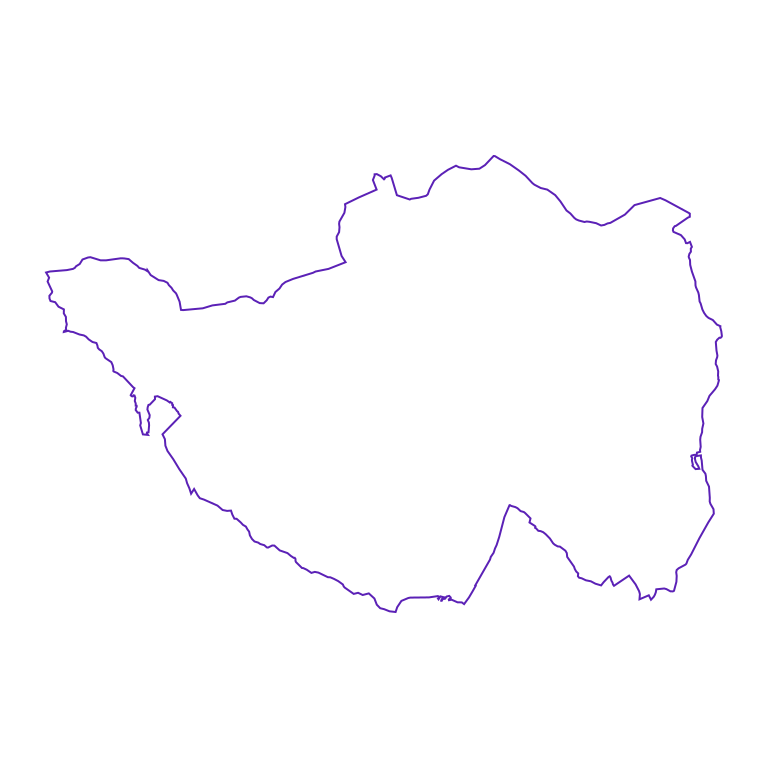 Garceni, Vaslui, Romania (Albers equal-area conic projection)
{"feature_id": "2599482B9024502031895", "entity_name": "Garceni", "entity_type": "district", "adm_level": 2, "iso_a3": "ROU", "parent_name": "Romania", "parent_adm1": "Vaslui", "projection": "albers", "projection_center": [27.291, 46.752], "detail": "fine", "context": "isolated", "style": "outline", "palette": "violet", "viewbox_px": 768, "rotation_deg": 0, "n_neighbors": 0, "source": "geoboundaries", "source_scale": "gbopen_adm2", "svg_char_len": 6087}
<svg xmlns="http://www.w3.org/2000/svg" viewBox="0 0 768 768"><path d="M720.4,326.2L716.9,324.6L712.8,320.0L708.5,317.9L706.3,316.0L704.1,312.9L702.4,309.5L700.6,303.4L699.6,301.5L698.9,295.0L698.3,292.5L696.0,287.4L695.5,285.4L695.4,281.4L691.9,271.5L690.2,264.9L690.0,260.0L688.9,257.6L688.7,256.5L689.4,253.8L690.9,251.7L690.8,248.6L691.9,246.9L690.0,241.9L687.4,243.2L686.0,243.1L684.7,239.4L680.9,235.1L673.5,231.9L672.9,230.4L673.1,228.4L674.7,226.2L675.9,225.9L687.9,217.6L689.8,216.8L689.8,213.6L689.1,213.1L665.5,200.3L660.2,198.0L634.5,205.1L624.9,214.6L610.3,222.9L607.6,223.4L604.4,224.9L601.1,225.5L596.2,223.2L589.4,221.8L586.7,221.5L584.5,222.0L578.8,220.5L576.2,219.4L574.3,217.9L570.4,213.5L566.5,210.5L560.4,201.4L555.2,195.1L547.3,189.6L540.7,188.0L534.4,184.7L532.4,183.1L525.6,175.8L518.9,170.5L509.9,164.2L500.0,159.2L494.9,156.1L493.6,156.0L485.0,165.1L479.4,168.7L471.3,169.3L459.1,167.3L456.0,165.7L448.0,169.8L441.7,174.1L434.1,180.6L429.5,189.6L427.8,194.3L426.1,195.8L418.4,197.8L411.1,198.8L409.8,199.5L396.9,195.2L391.7,177.9L390.6,175.4L385.0,177.5L384.8,178.5L384.0,179.3L380.8,176.2L376.8,174.1L374.6,174.3L374.6,175.7L372.9,180.0L376.6,189.6L358.7,197.5L345.0,204.2L345.4,207.0L344.4,212.8L339.4,221.6L339.1,223.9L339.5,227.2L339.1,232.1L336.7,236.6L336.7,239.2L341.6,256.0L345.6,262.2L328.5,268.9L315.6,271.5L313.0,272.8L293.1,278.9L285.5,282.0L282.1,284.6L279.5,288.5L275.4,292.0L273.0,297.1L270.5,296.6L268.4,297.6L266.7,300.3L263.6,303.3L259.7,303.1L253.8,300.0L252.0,298.3L250.3,297.4L246.4,296.3L240.6,296.9L238.9,297.6L234.9,300.6L227.3,302.4L225.3,303.8L212.4,305.4L202.8,308.3L183.1,310.1L181.0,309.9L179.6,301.7L176.8,294.9L176.0,293.3L173.2,290.5L171.5,287.8L168.9,285.2L167.5,282.8L163.7,280.9L158.6,280.1L150.7,275.1L147.3,270.0L147.1,271.0L144.9,269.6L139.2,267.9L137.4,265.9L133.0,262.8L128.7,259.1L124.0,258.4L120.8,258.3L106.3,260.3L100.5,260.3L90.4,257.2L88.0,257.5L82.5,259.5L79.7,264.0L76.0,266.3L74.9,267.8L73.0,268.9L66.8,270.1L49.9,271.5L46.1,272.5L49.1,277.7L47.6,281.5L52.2,291.4L52.0,292.6L49.4,295.8L49.5,298.5L50.5,301.0L55.2,302.2L58.5,306.7L63.9,309.4L63.8,313.4L65.9,316.9L66.0,321.2L66.8,324.3L65.9,327.9L66.2,329.7L63.9,331.3L63.8,332.0L68.2,330.8L70.5,331.7L73.1,332.0L79.5,334.5L83.8,335.4L86.1,336.7L88.7,339.4L92.5,342.0L96.4,343.0L97.4,345.5L97.8,347.8L99.2,349.4L101.8,351.2L103.4,353.6L104.6,357.0L105.5,358.2L111.3,362.1L112.7,365.3L113.5,369.3L113.3,371.0L113.7,371.5L117.3,373.0L121.0,375.9L123.0,376.4L133.1,387.2L134.5,388.2L130.7,395.2L131.6,396.2L132.8,396.4L133.6,395.3L134.5,395.5L135.3,397.8L134.8,401.0L135.7,403.4L135.7,405.6L136.6,405.7L136.7,406.7L135.9,408.3L135.7,410.0L137.7,412.7L139.4,412.7L140.9,423.0L140.2,425.4L142.9,434.4L147.9,434.9L146.8,433.4L147.0,432.5L148.5,432.3L149.1,425.3L148.9,422.6L147.8,420.0L149.4,417.8L149.7,415.1L147.4,409.5L147.7,407.2L148.5,404.9L149.7,404.7L155.0,399.2L154.9,396.6L157.6,396.2L166.8,400.4L169.8,402.5L170.3,401.9L172.2,403.2L172.2,404.9L173.0,405.1L172.9,407.3L174.5,407.6L177.1,411.2L178.0,411.8L178.6,413.6L180.5,415.8L162.5,434.3L164.9,439.2L165.4,445.7L167.5,451.0L173.2,459.1L179.4,469.3L185.8,478.6L187.1,483.2L189.4,488.4L191.1,493.7L194.1,489.0L197.7,495.4L199.8,498.2L204.0,499.6L217.5,505.6L222.6,510.0L227.1,510.9L231.0,510.6L232.3,514.5L234.4,518.7L236.6,518.8L240.8,522.5L242.9,524.8L245.9,526.6L247.5,529.5L249.1,531.6L249.9,535.4L252.0,539.0L254.5,541.5L258.2,542.6L260.2,544.0L264.3,545.2L266.8,547.4L268.0,547.6L272.2,545.5L274.4,545.6L279.7,550.4L287.5,553.1L290.8,555.9L293.8,557.9L294.7,557.8L295.5,559.0L295.5,560.9L296.0,562.1L302.0,568.0L303.3,568.1L306.7,569.7L311.4,572.9L314.8,571.9L318.4,572.6L327.9,577.2L330.3,577.3L334.0,578.9L338.2,581.1L342.9,584.5L343.7,586.4L344.6,587.5L353.7,593.9L358.1,592.8L362.7,595.0L368.8,593.4L374.4,598.5L376.8,604.7L380.2,608.2L384.2,609.2L389.5,611.3L395.6,612.0L397.2,607.2L401.4,600.9L408.3,598.0L410.3,597.6L429.0,597.4L437.8,596.1L438.6,596.4L438.9,597.3L438.6,598.2L438.0,598.5L438.5,599.3L440.5,596.4L443.2,597.1L441.4,600.0L441.2,600.7L441.7,600.8L443.7,597.5L444.5,597.4L443.8,598.6L444.1,598.9L445.1,598.7L446.7,596.5L449.2,595.9L450.7,597.5L450.7,598.2L448.8,599.4L449.0,600.2L451.6,599.7L457.5,602.3L461.8,602.4L464.1,604.1L469.0,597.4L472.6,591.3L475.7,585.8L475.2,585.5L490.0,559.6L490.8,556.9L493.6,552.8L495.0,548.5L496.6,545.1L499.2,537.0L504.4,517.1L509.5,505.2L509.9,505.1L511.1,505.9L515.4,507.1L517.5,508.2L520.6,511.1L523.8,512.0L525.0,512.9L530.5,518.4L529.5,522.5L534.8,525.9L535.4,526.5L535.1,527.8L536.0,528.3L538.3,530.8L540.6,531.1L543.2,532.2L545.7,534.2L549.9,538.5L553.1,543.3L554.7,544.7L557.7,546.4L559.9,546.6L565.4,550.7L566.8,553.1L567.2,556.9L574.0,566.6L574.8,569.0L576.2,571.5L578.2,573.4L577.9,576.2L579.1,577.7L581.7,578.3L585.9,580.3L590.9,581.3L595.4,583.7L601.1,585.4L603.6,582.2L608.5,577.0L609.7,576.3L610.5,577.4L611.4,580.7L612.5,582.6L613.0,584.5L614.0,585.8L629.1,575.6L635.6,584.4L639.1,591.2L639.9,594.1L639.5,599.3L648.8,595.3L651.0,599.7L653.8,596.7L654.9,594.7L655.8,592.3L656.3,589.3L664.2,588.5L666.4,589.1L670.4,591.3L672.9,591.4L674.0,590.8L676.4,581.8L676.7,575.9L676.2,572.2L676.7,570.0L678.6,568.3L685.5,564.6L686.4,563.6L687.8,559.8L691.1,554.5L699.4,538.2L708.3,522.4L713.8,513.7L713.5,509.2L710.4,503.8L709.7,501.5L709.8,497.8L709.0,486.6L706.2,480.8L705.9,476.1L705.4,473.7L702.5,469.8L701.7,460.5L701.0,457.7L700.9,455.4L696.1,456.1L695.0,457.2L695.0,459.1L695.7,462.0L698.3,466.3L699.3,468.8L695.6,469.1L692.5,465.9L692.4,465.5L692.9,464.8L692.0,461.0L691.9,459.8L692.3,458.3L691.2,456.4L691.5,455.6L694.0,454.9L696.2,454.9L696.7,454.3L697.0,452.6L700.2,451.8L700.0,450.0L700.7,446.9L700.2,439.7L700.5,436.8L702.1,432.2L702.2,428.8L703.4,423.5L702.2,417.0L702.5,408.0L707.3,401.1L709.5,395.8L715.0,389.3L717.4,385.7L718.9,380.5L718.8,379.8L718.3,379.5L718.3,376.9L718.0,375.7L718.2,371.4L717.1,366.6L715.7,364.0L716.0,360.4L717.2,357.1L717.4,355.5L716.5,350.6L715.8,342.0L717.2,339.7L719.4,337.7L720.6,337.8L721.7,336.7L721.9,336.0L721.3,331.3L720.2,327.1L720.4,326.2Z" fill="none" stroke="#5b21b6" stroke-width="2"/></svg>